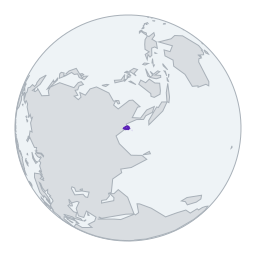 globe centered on Ayeyarwady, rotated 263°
{"feature_id": "MMR-3275", "entity_name": "Ayeyarwady", "entity_type": "Division", "adm_level": 1, "iso_a3": "MMR", "parent_name": "Myanmar", "parent_adm1": "", "projection": "orthographic", "projection_center": [94.965, 16.268], "detail": "fine", "context": "on_globe", "style": "filled", "palette": "violet", "viewbox_px": 256, "rotation_deg": 263, "n_neighbors": 0, "source": "natural_earth", "source_scale": "10m", "svg_char_len": 11614}
<svg xmlns="http://www.w3.org/2000/svg" viewBox="0 0 256 256"><g transform="rotate(263 128 128)"><circle cx="128" cy="128" r="113" fill="#eef3f6" stroke="#a8b0b8"/><path d="M235.6,161.4L235.8,160.6L235.7,161.0L235.6,161.4ZM175.7,26.0L176.4,26.3L181.0,28.8L177.3,26.9L188.4,33.3L192.5,36.8L185.7,31.7L183.3,30.4L185.0,31.9L183.0,30.9L182.7,31.3L180.1,30.1L176.3,27.6L174.5,26.9L175.8,28.1L174.1,27.9L172.4,26.2L169.1,25.8L162.2,22.4L159.7,20.0L153.7,18.4L151.5,17.8L159.8,19.9L167.9,22.7L175.7,26.0ZM184.8,30.9L183.6,30.1L185.5,31.3L184.8,30.9ZM183.1,31.5L184.1,32.1L183.5,32.1L183.1,31.5ZM178.9,30.3L177.7,30.2L178.3,29.8L178.9,30.3ZM176.5,29.8L173.5,29.9L175.5,31.2L168.3,28.1L173.2,28.8L173.7,28.1L174.8,29.1L176.5,29.8ZM147.0,17.0L148.1,17.2L144.2,16.6L141.9,16.2L147.0,17.0ZM141.2,16.1L140.4,16.1L140.1,16.0L141.2,16.1ZM164.8,26.5L163.5,26.3L164.1,26.0L164.8,26.5ZM137.0,15.7L134.7,15.6L135.1,15.6L137.0,15.7ZM150.7,17.7L150.9,17.8L147.9,17.3L147.6,17.4L144.2,16.6L150.7,17.7ZM133.7,15.5L133.1,15.5L131.0,15.4L131.3,15.4L133.7,15.5ZM139.6,16.0L140.0,16.0L138.7,15.9L139.6,16.0ZM132.7,15.5L133.5,15.5L134.0,15.6L132.8,15.5L132.7,15.5ZM142.3,16.4L141.0,16.3L143.5,16.7L141.3,16.5L139.5,16.1L139.4,16.2L138.7,16.2L138.0,15.9L142.3,16.4ZM133.1,15.7L130.0,15.4L126.1,15.4L125.3,15.4L131.8,15.4L133.1,15.7ZM136.0,15.8L134.0,15.7L135.5,15.7L136.0,15.8ZM140.5,16.6L144.3,16.9L144.6,17.0L140.5,16.6ZM131.9,15.7L132.7,15.8L131.6,15.7L131.9,15.7ZM137.8,16.3L139.2,16.3L139.4,16.4L137.8,16.3ZM133.1,16.0L132.1,15.8L133.0,15.8L133.1,16.0ZM135.3,16.1L135.3,16.3L134.0,15.9L135.8,16.1L135.3,16.1ZM137.9,16.4L138.5,16.5L137.3,16.3L137.9,16.4ZM130.2,16.4L128.3,15.9L130.3,15.7L131.9,16.2L130.2,16.4ZM37.5,60.9L38.2,60.0L36.6,62.5L38.7,64.4L38.4,65.8L34.8,70.3L33.7,80.1L37.3,76.9L39.6,83.5L43.4,85.4L50.7,76.6L44.6,73.2L46.9,68.1L54.5,66.8L60.3,70.4L61.4,68.5L60.5,62.9L64.7,60.6L60.6,60.8L60.1,63.0L57.5,63.3L57.7,61.3L59.2,60.5L58.3,58.9L51.5,63.8L50.3,66.6L46.1,65.4L43.7,70.1L41.6,71.5L44.7,64.1L46.6,62.0L50.2,53.7L47.8,55.8L44.3,63.9L44.1,62.8L40.9,66.3L43.2,62.8L47.7,53.9L45.8,53.4L38.4,60.3L38.3,59.9L39.6,58.2L44.1,52.8L48.2,48.5L47.5,50.3L50.2,47.8L54.7,43.3L54.1,44.4L55.8,43.0L55.9,43.7L60.4,41.5L61.1,42.1L67.0,38.3L68.1,38.2L64.4,40.4L62.2,42.4L64.6,44.7L66.3,44.3L69.9,41.8L70.1,42.9L73.2,40.2L76.7,40.8L75.1,38.0L79.3,35.6L83.6,34.5L84.7,33.4L77.7,35.1L75.2,36.3L73.4,38.0L66.3,41.6L64.6,41.5L71.0,36.4L69.3,35.9L75.1,32.6L90.3,29.2L94.6,29.7L93.1,35.3L89.8,36.3L88.6,34.7L85.9,38.3L87.9,37.0L88.1,38.1L92.2,36.5L92.5,37.2L95.8,34.5L96.6,35.3L94.5,37.0L101.2,35.7L104.1,37.1L105.4,36.5L106.1,35.5L109.3,38.2L110.1,37.7L109.4,36.5L110.7,34.8L114.1,32.9L115.0,34.0L113.9,34.8L112.9,38.3L109.8,40.6L110.6,40.9L113.5,39.1L114.7,34.8L116.5,33.4L116.4,35.3L116.6,34.5L117.7,34.2L119.8,34.9L120.1,32.8L131.9,29.0L137.0,30.4L135.7,32.3L144.9,31.9L150.0,34.3L149.3,33.1L153.2,32.6L151.7,31.8L151.7,31.2L161.2,30.4L164.1,31.3L167.5,30.3L167.1,29.8L165.1,29.0L168.3,28.1L175.5,31.2L175.9,32.1L180.1,33.7L180.4,35.8L182.7,38.5L180.6,40.3L182.6,42.5L184.0,43.0L187.8,46.6L190.5,53.3L182.0,46.0L176.6,37.1L178.3,40.4L176.0,39.2L175.4,40.2L176.8,42.7L178.1,43.2L170.5,46.3L169.9,53.6L174.6,53.4L178.0,55.8L181.3,65.7L174.6,79.3L179.1,84.1L179.7,87.2L176.6,89.1L175.6,84.5L172.0,82.8L171.9,80.1L166.6,82.2L166.2,78.4L162.2,82.1L164.3,85.1L169.1,84.5L165.8,89.7L171.4,95.1L172.6,101.7L165.1,113.3L156.6,116.8L156.2,118.9L152.5,116.5L148.1,120.6L155.2,132.6L155.1,136.1L147.7,142.5L147.5,140.0L137.8,133.5L136.3,141.7L143.6,148.7L146.1,156.7L140.6,154.1L138.0,147.1L134.6,144.5L135.3,137.4L132.1,126.7L126.5,128.4L126.8,124.2L121.6,115.2L113.4,117.5L100.6,127.7L99.1,138.5L94.6,142.8L88.4,126.4L88.1,115.8L84.4,116.3L79.3,106.6L66.1,103.6L65.6,100.7L62.9,101.3L59.5,97.7L59.3,93.0L56.7,92.6L57.6,105.0L60.6,105.6L65.0,102.0L64.6,106.2L68.0,110.8L59.3,119.2L42.0,123.5L42.7,115.3L41.6,90.9L43.0,88.7L43.2,88.0L40.7,91.4L41.3,86.8L39.3,103.0L38.0,109.6L41.7,123.9L40.8,124.9L42.7,128.2L51.7,127.7L51.2,130.4L45.5,141.4L35.2,154.5L37.9,166.2L39.5,175.4L36.0,179.4L39.4,186.8L38.1,188.1L40.0,192.1L40.7,195.4L40.7,197.7L37.3,194.7L34.7,190.9L29.3,182.2L20.8,162.5L19.1,155.2L17.8,148.6L15.6,132.2L15.9,124.9L16.0,120.9L15.7,120.5L16.0,115.8L16.1,115.2L17.4,106.9L19.3,98.6L21.8,90.6L24.8,82.8L28.5,75.2L32.7,67.9L37.5,60.9ZM64.0,79.5L69.1,81.6L71.0,75.0L73.1,75.3L72.9,73.1L71.1,74.5L71.4,68.6L75.0,67.7L76.5,65.2L74.9,64.4L68.1,67.0L67.7,75.3L64.8,77.3L64.0,79.5ZM65.1,35.4L63.8,36.5L61.7,37.9L60.7,38.0L63.8,35.9L65.1,35.4ZM62.4,38.0L69.1,33.3L69.9,33.4L68.3,34.1L68.2,34.6L65.6,35.9L59.9,40.8L57.7,42.4L57.1,41.2L58.5,40.6L59.7,39.4L62.4,38.0ZM84.5,24.3L87.4,23.1L85.6,24.7L83.1,25.7L81.9,25.6L84.2,24.4L84.5,24.3ZM128.9,15.4L128.4,15.4L128.9,15.4ZM108.8,17.0L110.7,16.7L111.0,16.7L115.5,16.2L120.3,15.8L122.0,15.7L120.3,15.9L123.3,15.8L121.1,16.2L122.3,16.3L121.5,16.9L117.4,17.5L119.0,17.6L118.5,18.3L115.2,19.0L115.8,18.3L111.7,19.7L110.6,19.2L110.2,19.4L108.0,19.4L104.7,19.8L104.7,19.5L103.4,19.9L102.0,20.0L100.2,20.4L99.6,20.1L97.4,20.6L98.3,20.2L94.7,21.3L97.1,20.4L95.4,20.7L94.0,21.4L94.6,20.4L108.8,17.0ZM129.8,16.5L125.2,17.0L122.3,17.0L125.0,16.0L124.2,15.8L125.9,15.5L130.0,15.5L129.2,15.6L129.3,15.7L128.0,15.6L129.2,15.7L128.0,15.9L128.6,16.1L127.0,16.1L129.8,16.5ZM40.2,64.5L40.3,65.2L41.0,65.6L39.0,68.0L40.2,64.5ZM43.1,58.5L43.5,58.5L41.0,61.7L40.8,61.2L43.1,58.5ZM45.9,56.0L43.7,58.3L44.8,56.7L45.9,56.0ZM65.0,40.4L65.7,40.5L65.0,41.2L63.6,41.9L65.0,40.4ZM102.9,24.2L103.7,23.5L104.4,23.5L107.9,22.2L109.0,22.6L107.3,23.6L102.9,24.2ZM48.4,77.6L46.1,78.8L46.1,77.7L46.9,77.5L48.4,77.6ZM41.4,73.1L42.0,75.3L40.8,73.7L41.4,73.1ZM104.7,24.5L105.9,23.9L105.7,24.5L104.7,24.5ZM110.0,22.9L110.0,23.6L109.5,22.5L110.0,22.9ZM95.3,227.9L97.6,229.0L95.9,228.8L95.3,227.9ZM51.8,178.1L52.3,192.8L48.7,191.7L46.1,186.7L44.5,177.5L47.9,176.0L49.1,172.1L51.8,178.1ZM173.2,174.4L176.3,174.7L176.2,175.2L173.2,174.4ZM170.0,172.8L173.6,172.8L169.3,173.9L170.0,172.8ZM175.0,172.8L178.7,171.7L180.2,170.8L179.9,171.9L175.0,172.8ZM167.5,172.9L153.7,173.0L148.2,171.7L149.5,169.9L158.5,170.3L167.5,172.9ZM149.1,169.9L140.6,164.6L128.6,149.1L132.9,149.5L145.4,159.0L144.6,160.6L149.7,164.7L149.1,169.9ZM169.4,160.1L168.6,164.9L161.1,164.7L157.6,163.9L155.2,157.8L156.6,154.7L159.4,154.8L170.2,144.0L174.0,146.5L170.8,151.0L173.9,155.1L169.4,160.1ZM99.6,139.6L102.2,146.3L99.7,147.1L99.6,139.6ZM174.3,136.4L170.1,141.2L173.9,134.8L174.3,136.4ZM176.4,130.4L176.8,132.8L174.9,130.5L176.4,130.4ZM156.3,122.2L153.3,122.7L153.1,121.1L156.8,119.4L156.3,122.2ZM173.5,107.3L173.9,112.2L173.4,113.9L171.9,111.0L173.5,107.3ZM115.9,29.7L109.9,30.8L106.3,32.3L105.4,34.2L104.1,32.2L109.6,29.8L115.9,29.7ZM129.8,28.8L130.6,27.5L132.0,28.0L132.0,28.4L129.8,28.8ZM129.1,28.1L126.8,26.7L128.3,25.9L129.8,27.2L129.1,28.1ZM115.5,25.0L113.6,25.2L113.9,24.6L115.5,25.0ZM202.3,212.7L202.0,212.9L204.0,211.1L202.3,212.7ZM191.5,216.9L193.2,214.0L196.3,213.0L193.5,215.9L191.5,216.9ZM218.5,195.1L218.9,194.6L218.6,194.9L218.5,195.1ZM184.9,206.2L164.1,213.9L160.0,213.3L161.9,210.6L159.9,202.5L161.3,202.6L161.5,196.9L174.3,191.1L183.8,180.9L189.9,181.0L195.1,173.5L201.1,173.3L198.7,179.1L204.2,182.1L209.7,168.9L211.3,181.7L214.1,185.6L212.8,193.4L201.3,208.1L196.3,211.4L196.2,210.4L193.9,212.0L191.5,212.0L191.7,208.0L189.4,209.6L192.3,206.2L188.6,209.4L188.1,206.8L184.9,206.2ZM226.8,175.8L227.2,175.9L227.3,177.7L226.7,177.7L226.8,175.8ZM234.6,164.1L234.4,165.0L234.1,165.7L234.6,164.1ZM235.6,161.4L235.3,162.3L235.8,160.6L235.6,161.4L235.6,161.4ZM231.2,166.9L231.2,167.6L231.0,168.0L231.2,166.9ZM231.0,166.7L231.6,165.2L231.3,166.6L231.0,166.7ZM229.6,160.5L230.1,159.7L230.2,160.2L229.6,160.5ZM180.9,174.5L185.4,170.6L187.7,170.2L180.9,174.5ZM229.3,159.2L228.4,159.4L228.5,158.7L229.3,159.2ZM229.5,157.5L229.5,156.5L229.8,158.7L229.5,157.5ZM227.9,155.8L228.9,157.3L227.7,156.1L227.9,155.8ZM227.2,156.2L226.3,155.7L226.4,155.3L227.2,156.2ZM216.2,159.9L219.5,165.3L216.5,165.7L213.2,162.6L210.2,166.5L203.5,166.8L205.2,164.4L204.4,161.2L197.2,160.5L195.7,158.5L198.4,156.8L193.5,155.4L198.9,154.0L201.0,158.3L204.0,154.5L209.0,154.8L213.6,155.7L217.1,158.5L216.2,159.9ZM198.7,163.9L199.6,163.8L198.7,165.2L198.7,163.9ZM224.7,153.6L225.9,155.5L225.7,156.1L225.1,155.9L224.7,153.6ZM217.9,157.6L221.8,153.2L222.6,153.1L220.0,157.8L217.9,157.6ZM220.9,150.9L222.6,151.1L223.4,153.1L223.1,153.7L220.9,150.9ZM187.7,160.6L187.4,161.9L186.0,161.0L187.7,160.6ZM189.6,159.7L193.9,160.8L189.1,160.8L189.6,159.7ZM176.0,156.1L177.3,159.0L181.5,156.9L178.3,159.8L181.1,164.5L180.0,166.4L177.3,161.3L176.2,166.8L174.3,166.7L173.4,162.1L175.4,156.3L177.2,153.9L184.8,152.6L176.0,156.1ZM189.6,156.1L188.4,152.7L189.3,150.4L190.5,152.1L189.6,156.1ZM184.8,144.6L181.5,140.7L178.7,142.4L184.3,136.5L186.5,141.1L184.8,144.6ZM181.8,135.9L179.1,137.4L181.8,134.0L181.8,135.9ZM178.4,136.0L177.9,133.2L180.1,133.5L178.4,136.0ZM183.2,135.9L183.4,131.1L184.6,133.9L183.2,135.9ZM176.6,127.0L181.5,131.4L175.4,129.7L174.4,120.6L177.0,120.3L176.6,127.0ZM186.4,90.5L185.4,88.1L187.5,87.4L187.6,89.2L186.4,90.5ZM193.5,83.9L187.7,86.5L183.0,88.9L184.8,90.0L184.4,94.2L181.3,90.4L184.1,85.7L187.8,84.6L187.7,81.2L190.0,78.8L188.4,74.7L189.2,72.8L191.8,76.4L193.5,83.9ZM187.6,72.9L185.7,65.9L190.0,66.8L191.4,68.5L190.4,71.3L188.2,70.6L187.6,72.9ZM186.5,64.5L184.3,63.9L177.0,54.2L176.5,52.5L184.4,59.8L182.8,59.7L183.8,62.1L186.5,64.5ZM164.3,26.8L163.6,26.3L164.8,26.8L164.3,26.8ZM150.8,30.8L150.9,30.1L152.4,30.5L150.8,30.8ZM152.2,28.5L150.4,28.5L152.0,28.1L152.2,28.5ZM146.5,28.7L149.6,28.3L147.2,29.4L146.5,28.7Z" fill="#d9dde1" stroke="#a8b0b8" stroke-width="1"/><path d="M130.0,127.8L130.0,128.0L129.9,128.1L129.7,128.1L129.4,128.1L129.4,128.3L129.4,128.5L129.1,128.9L128.9,129.0L128.7,129.1L128.6,128.8L128.7,128.7L128.8,128.6L128.8,128.4L128.7,128.4L128.7,128.2L128.7,128.3L128.7,128.5L128.6,128.8L128.5,128.7L128.5,128.8L128.4,129.0L128.3,128.9L128.3,128.7L128.3,128.4L128.5,128.3L128.4,128.3L128.4,128.2L128.3,128.3L128.3,128.2L128.3,128.3L128.2,128.3L128.2,128.5L128.2,128.8L128.0,129.0L127.9,129.0L127.8,128.9L127.8,128.7L127.8,128.4L127.8,128.2L128.0,128.1L127.9,128.1L127.8,128.3L127.8,128.5L127.7,128.6L127.6,128.8L127.4,128.8L127.4,128.7L127.5,128.6L127.6,128.4L127.7,128.2L127.6,128.3L127.5,128.5L127.4,128.5L127.2,128.7L127.3,128.5L127.4,128.4L127.5,128.3L127.5,128.2L127.4,128.1L127.5,128.0L127.5,127.8L127.5,127.6L127.4,127.5L127.5,127.7L127.5,127.8L127.4,127.9L127.4,128.0L127.4,127.9L127.3,128.0L127.2,128.0L127.2,127.9L127.2,128.0L127.0,128.3L126.9,128.4L126.8,128.5L126.7,128.5L126.6,128.4L126.6,128.2L126.6,127.8L126.7,127.6L126.8,127.5L126.8,127.4L126.9,127.1L126.9,126.9L126.9,126.7L127.0,126.8L127.0,126.7L127.0,126.4L127.0,126.2L127.2,125.9L127.3,125.9L127.3,126.0L127.3,125.9L127.3,125.7L127.4,125.8L127.5,125.8L127.7,125.7L127.7,125.4L127.8,125.2L127.9,124.9L127.8,124.7L127.8,124.4L127.9,124.2L127.8,123.9L128.0,123.8L128.3,123.8L128.3,123.7L128.6,123.9L128.6,124.0L128.8,124.1L128.8,124.3L128.9,124.5L129.0,124.7L129.0,124.8L128.9,125.0L129.0,125.2L129.0,125.3L129.3,125.4L129.4,125.5L129.5,125.6L129.4,125.7L129.4,125.9L129.4,126.0L129.5,126.2L129.5,126.3L129.6,126.5L129.8,126.7L129.7,126.8L129.8,127.0L129.7,127.2L129.7,127.3L129.7,127.5L129.8,127.7L130.0,127.8L130.0,127.8ZM127.4,128.1L127.4,128.3L127.3,128.5L127.2,128.5L127.0,128.8L126.9,128.8L127.0,128.8L126.9,128.7L127.0,128.5L127.1,128.4L127.2,128.2L127.3,128.1L127.4,128.1ZM127.7,128.6L127.8,128.8L127.7,128.9L127.7,128.7L127.7,128.6ZM125.0,132.2L125.0,132.3L125.0,132.2L125.0,132.2ZM125.6,130.8L125.6,130.7L125.6,130.8L125.6,130.8Z" fill="#8b5cf6" stroke="#5b21b6" stroke-width="1.5"/></g></svg>